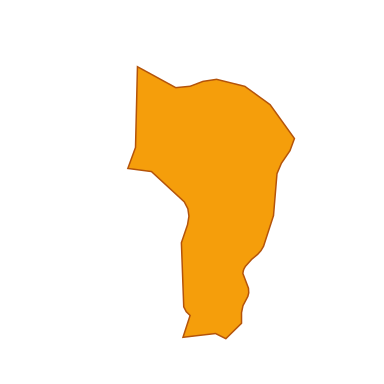 SVG path tracing the border of Camden, rotated 40°
{"feature_id": "GBR-2064", "entity_name": "Camden", "entity_type": "London Borough", "adm_level": 1, "iso_a3": "GBR", "parent_name": "United Kingdom", "parent_adm1": "", "projection": "albers", "projection_center": [-0.131, 51.535], "detail": "fine", "context": "isolated", "style": "filled", "palette": "amber", "viewbox_px": 384, "rotation_deg": 40, "n_neighbors": 0, "source": "natural_earth", "source_scale": "10m", "svg_char_len": 667}
<svg xmlns="http://www.w3.org/2000/svg" viewBox="0 0 384 384"><g transform="rotate(40 192 192)"><path d="M236.1,85.2L240.5,97.4L242.0,112.5L245.3,123.3L269.6,157.7L281.7,187.6L282.5,192.5L282.4,197.3L281.0,205.2L280.7,214.6L281.2,217.4L281.9,219.3L283.3,221.7L297.1,229.4L300.3,232.8L301.9,236.1L304.1,246.3L307.5,252.6L314.3,260.7L312.2,282.6L301.0,285.3L288.2,298.8L278.5,309.1L269.9,287.8L264.5,287.4L259.5,285.3L216.5,237.7L209.6,219.9L205.2,212.5L199.6,207.5L192.4,204.5L147.8,202.4L127.7,215.2L120.1,194.2L69.7,131.1L112.5,122.5L122.6,112.2L129.3,100.2L138.4,89.9L164.6,77.1L195.7,74.9L236.1,85.2Z" fill="#f59e0b" stroke="#b45309" stroke-width="1.5"/></g></svg>